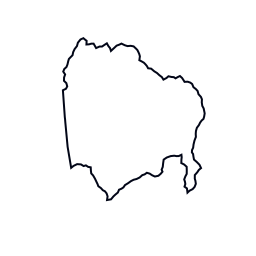 outline of Itororó, Bahia, Brazil, rotated 212°
{"feature_id": "56859067B83493520997574", "entity_name": "Itororó", "entity_type": "district", "adm_level": 2, "iso_a3": "BRA", "parent_name": "Brazil", "parent_adm1": "Bahia", "projection": "natural_earth1", "projection_center": [-40.027, -15.038], "detail": "fine", "context": "isolated", "style": "outline", "palette": "ink", "viewbox_px": 256, "rotation_deg": 212, "n_neighbors": 0, "source": "geoboundaries", "source_scale": "gbopen_adm2", "svg_char_len": 2268}
<svg xmlns="http://www.w3.org/2000/svg" viewBox="0 0 256 256"><g transform="rotate(212 128 128)"><path d="M40.9,116.6L42.8,118.9L44.5,120.4L46.4,123.5L45.8,127.1L45.7,130.1L44.8,132.7L47.9,134.7L51.6,135.6L55.3,136.2L57.6,138.7L59.0,140.4L60.9,141.2L62.0,143.2L62.3,145.8L63.7,148.8L65.0,152.7L65.7,156.4L67.5,159.0L68.8,161.5L69.7,164.7L69.4,168.1L69.7,170.8L69.5,173.4L68.8,175.7L69.5,178.1L70.7,181.0L74.2,184.7L76.7,186.1L79.0,188.8L80.5,191.5L82.6,193.0L86.1,194.0L88.6,196.3L91.2,197.0L94.1,197.3L96.9,199.3L99.2,199.5L101.9,198.9L104.5,197.1L106.5,198.1L108.7,199.1L111.5,199.6L112.9,197.4L114.0,195.3L116.1,195.4L118.2,194.3L121.1,193.3L121.9,190.7L123.6,187.8L126.2,189.1L129.4,189.4L132.5,190.0L135.8,190.0L139.8,190.6L142.6,189.3L144.7,190.5L146.7,191.2L149.1,191.8L151.9,191.7L154.3,191.5L155.9,195.1L157.8,196.8L159.6,198.0L161.4,199.1L163.4,199.6L166.5,200.2L169.3,199.1L171.8,197.2L174.5,196.5L178.3,196.1L179.6,194.0L181.3,191.8L182.3,188.0L183.3,184.3L185.5,186.2L188.1,187.1L190.8,188.6L192.2,185.6L193.2,183.3L195.3,182.0L197.4,178.9L199.8,180.2L201.9,181.3L203.9,180.0L205.4,178.3L207.5,176.8L209.3,180.0L211.3,180.2L213.5,180.5L215.2,177.9L215.7,173.8L214.7,170.4L215.1,166.7L214.7,163.3L213.6,160.3L214.2,157.7L214.7,155.2L214.1,153.0L213.0,149.8L212.5,147.1L213.3,144.3L212.8,141.5L209.7,140.1L209.0,137.0L207.3,134.1L204.1,133.4L201.6,131.1L201.4,128.4L203.2,125.5L187.4,103.8L185.8,101.8L184.4,99.9L169.2,80.0L155.1,64.1L154.1,67.0L152.0,70.4L148.6,72.2L145.5,72.2L143.9,74.0L141.2,73.9L138.8,74.9L136.8,72.1L135.1,70.0L132.5,69.3L129.1,67.5L126.0,65.5L124.1,64.3L122.3,62.9L119.1,62.7L116.4,61.9L114.0,62.1L111.5,61.2L109.1,59.2L107.6,55.8L104.6,58.5L104.1,62.3L103.4,64.9L102.4,67.9L102.9,70.9L101.4,73.0L100.4,75.2L100.3,78.0L98.7,81.2L97.3,84.6L95.8,87.1L93.7,89.3L91.9,92.2L90.9,95.6L89.3,97.5L88.3,100.0L85.4,100.8L82.5,100.7L79.5,101.1L76.9,103.6L76.0,106.5L75.6,109.2L77.4,110.5L77.9,113.4L79.5,116.7L81.0,120.1L79.5,123.5L76.9,126.8L74.1,129.0L71.9,129.9L70.1,131.1L68.5,133.6L67.0,131.7L65.9,129.4L64.2,126.5L61.1,126.8L57.7,126.2L55.7,123.2L53.9,120.2L53.7,117.3L53.1,114.2L51.2,112.6L49.7,110.9L49.0,108.2L46.0,108.0L43.3,104.7L42.6,107.4L40.8,110.4L40.3,113.3L40.9,116.6Z" fill="none" stroke="#020617" stroke-width="2"/></g></svg>